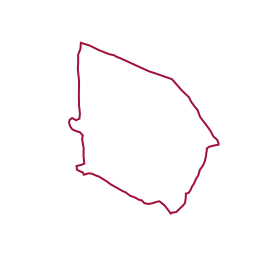 Åsele, Västerbotten, Sweden, rotated 225°
{"feature_id": "70781695B85403631212767", "entity_name": "Åsele", "entity_type": "district", "adm_level": 2, "iso_a3": "SWE", "parent_name": "Sweden", "parent_adm1": "Västerbotten", "projection": "albers", "projection_center": [17.524, 64.215], "detail": "fine", "context": "isolated", "style": "outline", "palette": "rose", "viewbox_px": 256, "rotation_deg": 225, "n_neighbors": 0, "source": "geoboundaries", "source_scale": "gbopen_adm2", "svg_char_len": 1276}
<svg xmlns="http://www.w3.org/2000/svg" viewBox="0 0 256 256"><g transform="rotate(225 128 128)"><path d="M52.2,180.3L53.2,181.2L56.5,182.7L61.7,182.4L68.1,184.4L74.6,185.4L84.8,186.8L87.7,188.1L91.6,189.9L96.3,190.3L102.2,191.3L106.5,192.8L116.3,192.6L131.3,193.6L135.2,191.8L138.7,190.1L145.0,187.1L153.5,182.8L165.3,178.4L182.8,171.9L187.1,170.0L188.9,169.8L193.8,166.7L203.4,162.6L213.6,159.1L221.6,154.9L217.7,150.5L214.9,144.3L209.9,139.5L205.1,134.1L195.9,126.7L185.7,116.2L178.3,109.1L172.3,104.3L168.9,100.2L170.2,96.8L174.6,95.5L175.0,92.4L173.5,90.1L170.1,88.3L166.5,87.6L162.6,89.1L158.8,91.0L154.7,90.8L152.8,87.9L149.0,85.1L145.3,82.6L139.6,76.7L133.7,71.9L135.0,68.8L137.5,64.7L134.4,62.4L131.6,63.4L128.3,64.7L126.3,63.7L126.2,63.7L124.0,67.8L121.4,70.1L117.3,71.6L114.0,73.2L106.2,75.0L100.1,76.0L93.1,78.0L87.0,79.6L84.4,80.8L78.7,81.6L73.6,83.9L69.7,84.9L66.9,86.6L63.3,86.4L59.6,88.9L57.3,92.5L55.4,96.3L53.9,98.4L47.2,99.1L37.2,97.8L37.1,99.2L34.5,102.5L34.4,106.4L34.3,112.1L34.6,115.2L37.1,118.6L38.8,120.6L40.7,122.5L39.3,125.1L39.9,128.3L41.2,131.4L42.0,135.4L43.9,140.0L44.7,144.0L47.5,149.0L48.4,154.2L49.9,158.3L53.0,163.4L55.0,165.7L56.3,167.8L57.8,169.1L57.4,172.1L55.2,175.8L52.2,180.3Z" fill="none" stroke="#9f1239" stroke-width="2"/></g></svg>